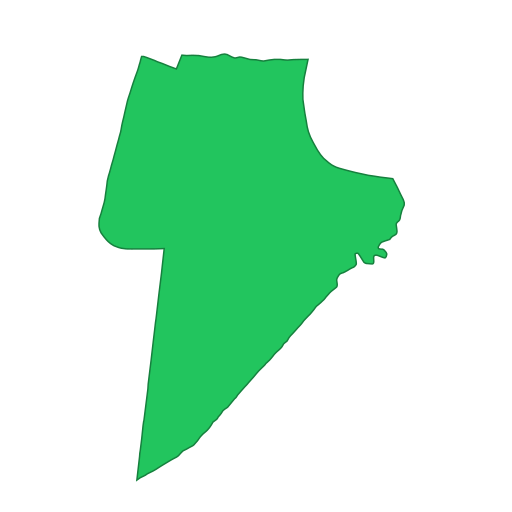 Bang Sue, Bangkok Metropolis, Thailand (Albers equal-area conic projection), rotated 174°
{"feature_id": "78962969B39307621639221", "entity_name": "Bang Sue", "entity_type": "district", "adm_level": 2, "iso_a3": "THA", "parent_name": "Thailand", "parent_adm1": "Bangkok Metropolis", "projection": "albers", "projection_center": [100.522, 13.824], "detail": "fine", "context": "isolated", "style": "filled", "palette": "green", "viewbox_px": 512, "rotation_deg": 174, "n_neighbors": 0, "source": "geoboundaries", "source_scale": "gbopen_adm2", "svg_char_len": 6050}
<svg xmlns="http://www.w3.org/2000/svg" viewBox="0 0 512 512"><g transform="rotate(174 256 256)"><path d="M173.9,341.1L178.6,346.1L181.3,350.1L183.9,355.0L187.3,363.0L189.4,368.5L190.9,374.2L191.6,379.3L191.9,384.7L192.5,393.0L193.0,406.8L192.4,413.2L191.3,420.3L189.4,428.4L187.3,434.9L183.7,446.1L189.6,446.7L198.3,447.4L203.6,447.5L204.2,447.5L207.0,448.0L211.4,449.0L217.2,449.6L222.5,449.5L228.1,449.1L230.4,449.6L235.3,451.1L239.2,451.7L241.5,452.1L246.3,454.0L249.5,455.2L250.9,455.5L251.5,455.6L255.5,455.1L256.3,455.1L257.1,455.4L259.3,456.5L263.7,459.4L265.1,459.8L265.9,460.1L267.4,460.1L269.3,460.0L273.7,458.8L275.2,458.5L276.0,458.4L279.6,458.3L282.5,458.7L286.7,459.8L291.9,461.3L298.0,462.2L304.0,462.6L308.7,463.5L315.6,450.4L317.9,451.4L318.6,451.8L322.3,453.6L329.0,457.2L333.8,459.5L336.5,461.1L343.9,464.8L346.3,465.9L347.0,466.2L348.9,466.4L349.6,464.7L350.3,462.9L350.9,461.1L351.9,458.8L353.0,456.0L354.0,453.6L354.8,451.9L357.5,446.4L360.3,440.4L361.9,436.8L364.2,431.4L366.3,426.8L367.6,423.7L369.6,417.9L371.5,412.4L372.9,408.2L374.6,403.5L375.8,399.9L376.9,396.0L377.7,393.4L379.3,389.4L380.6,385.9L382.6,380.9L384.9,374.8L386.6,370.5L387.9,367.0L388.8,364.8L390.3,361.2L391.4,358.2L393.1,353.9L394.2,351.4L395.9,346.6L396.1,345.9L396.8,342.7L398.0,337.7L399.2,333.0L399.9,330.0L400.3,328.4L400.6,327.5L401.4,325.0L402.9,321.3L404.2,318.1L405.7,314.3L407.8,309.8L408.4,306.6L408.7,305.0L408.9,303.2L409.0,301.8L408.9,300.6L408.7,298.6L408.3,297.2L407.6,295.1L405.2,291.0L403.2,288.0L401.5,285.8L399.4,283.6L397.3,281.9L396.1,281.0L391.7,278.8L389.1,277.8L384.5,276.7L383.1,276.5L378.9,276.0L373.8,275.5L364.4,274.5L356.5,273.7L346.5,273.0L347.8,267.1L350.1,256.6L351.6,249.6L356.7,227.5L361.0,208.3L362.0,203.9L362.9,200.4L364.7,192.3L366.8,183.1L371.3,162.9L376.6,139.9L377.4,135.1L384.7,103.9L385.0,103.3L386.0,99.3L388.8,86.0L391.4,74.8L392.2,71.8L392.8,68.5L397.9,45.6L394.3,47.6L390.7,48.9L388.9,49.6L386.7,50.8L382.9,52.2L381.2,52.8L377.8,54.3L373.9,56.3L370.6,57.9L366.1,60.0L361.8,62.0L359.2,63.1L356.9,64.0L355.9,64.4L355.4,64.7L354.8,65.0L353.9,65.6L353.0,66.4L351.7,67.6L349.3,69.6L348.3,70.1L346.1,70.9L344.8,71.4L342.6,72.4L338.8,73.9L337.5,74.7L335.9,76.2L334.9,77.1L333.8,78.1L332.6,79.4L331.6,80.6L330.2,82.1L328.0,84.0L327.0,84.8L326.1,85.4L323.9,86.9L322.4,88.1L320.1,90.3L318.0,92.8L316.2,95.3L312.5,97.5L311.5,98.3L310.4,99.9L308.4,101.7L307.0,103.2L305.0,105.7L303.0,107.0L300.1,108.5L292.3,116.2L291.0,117.1L290.4,117.7L288.7,119.8L284.5,123.7L280.9,127.0L278.9,128.7L277.7,129.8L276.5,131.0L275.8,131.6L273.3,133.9L271.4,135.6L268.0,138.9L265.8,141.0L264.0,142.5L262.2,143.9L261.5,144.5L260.4,145.3L259.8,145.8L258.8,146.6L258.2,147.2L257.4,148.1L255.7,149.3L254.6,150.2L253.7,150.8L252.6,151.8L251.5,152.8L249.4,154.9L248.2,156.2L246.7,157.5L245.3,158.6L243.0,160.2L241.8,161.1L240.5,162.2L239.7,163.0L238.8,164.2L237.8,165.6L237.4,166.0L236.8,166.4L235.4,167.3L234.7,167.7L234.3,167.9L233.7,168.6L232.4,170.4L231.7,171.4L231.1,172.0L230.0,173.1L227.7,175.0L225.9,176.6L223.7,178.6L222.0,180.2L221.7,180.5L221.4,180.7L219.3,182.5L217.6,184.1L215.3,186.6L213.5,188.2L210.3,190.9L208.4,192.4L206.7,194.0L204.0,196.7L202.1,198.8L201.2,199.7L200.3,200.3L198.7,201.3L197.8,202.0L196.7,202.7L194.8,204.2L193.3,205.3L192.4,206.1L192.0,206.5L191.5,207.0L190.8,207.8L189.7,208.8L187.6,210.7L186.8,211.5L186.0,212.1L185.0,212.9L181.2,215.3L179.8,216.2L179.3,216.6L178.9,216.9L178.7,217.4L178.6,217.5L178.4,218.1L178.3,218.6L178.2,219.3L178.2,220.4L178.3,223.4L178.1,224.3L178.0,224.9L177.6,225.5L177.0,226.5L175.9,227.9L174.9,229.0L174.4,229.3L173.8,229.6L173.2,229.8L172.2,230.1L171.2,230.2L170.2,230.6L169.2,230.9L168.6,231.2L166.4,232.1L164.6,233.0L163.0,233.7L161.7,234.2L160.6,234.5L160.1,234.7L159.7,234.9L159.3,235.1L158.8,235.5L157.4,236.9L157.2,237.3L157.1,237.7L157.1,237.9L157.0,238.2L157.0,240.4L157.2,243.7L157.3,246.2L157.3,247.1L157.3,247.4L157.2,247.7L157.1,247.8L156.9,247.9L156.7,248.0L156.4,248.1L155.9,248.2L155.2,248.2L154.8,248.2L154.5,248.1L154.3,248.0L154.2,247.8L154.0,247.6L153.7,247.2L152.3,244.6L151.1,242.1L150.4,240.7L149.6,239.1L149.3,238.5L149.0,238.2L148.6,237.9L148.4,237.7L148.0,237.5L147.7,237.3L147.5,237.2L146.9,237.0L145.8,236.8L144.7,236.6L142.7,236.2L141.4,236.0L141.1,236.0L140.8,236.0L140.6,236.1L140.4,236.2L140.2,236.3L140.1,236.5L139.9,236.7L139.8,237.1L139.6,237.4L139.5,237.9L139.4,238.7L139.3,240.5L139.2,241.9L139.1,242.7L139.0,243.0L138.8,243.3L138.7,243.6L138.5,243.8L138.2,244.0L137.8,244.2L137.5,244.3L137.1,244.3L136.7,244.3L136.4,244.3L136.0,244.2L135.6,244.1L135.1,243.9L134.8,243.8L134.2,243.5L131.9,242.3L129.9,241.3L128.3,240.7L128.0,240.7L127.8,240.7L127.7,240.7L127.5,240.8L127.3,241.0L126.9,241.5L126.6,241.8L126.4,242.3L126.1,243.1L125.9,243.5L125.8,244.1L125.8,244.5L125.8,244.8L126.0,245.3L126.2,245.8L126.6,246.6L127.6,248.0L128.2,248.8L128.6,249.1L129.0,249.3L129.6,249.6L130.7,249.7L132.0,250.0L132.6,250.2L132.9,250.3L133.2,250.5L133.4,250.8L133.5,251.0L133.6,251.3L133.6,251.5L133.5,252.0L133.4,252.4L132.9,253.1L132.0,254.4L131.0,255.5L130.8,255.7L130.6,255.9L130.2,256.2L129.9,256.3L129.6,256.5L129.2,256.7L128.8,256.8L126.5,257.4L125.1,257.7L123.9,257.9L123.7,258.0L122.2,258.3L121.5,258.5L121.3,258.5L121.2,258.7L120.9,258.9L119.9,260.0L119.3,260.5L118.9,260.8L118.5,261.1L117.9,261.4L117.3,261.7L116.2,262.1L115.4,262.5L114.8,262.8L114.4,263.1L114.2,263.3L114.0,263.6L113.8,263.9L113.6,264.2L113.5,264.6L113.4,265.0L113.3,265.5L113.2,265.8L113.2,266.4L113.2,267.0L113.2,267.5L113.2,269.2L113.3,271.7L113.3,272.6L113.2,273.1L113.1,273.5L112.7,274.0L112.3,274.5L111.5,275.2L110.6,275.7L109.6,276.7L109.3,277.1L108.9,278.0L108.6,278.7L108.0,281.2L107.4,282.7L106.2,285.9L106.0,286.3L103.4,290.9L103.2,291.8L103.0,293.5L103.3,295.1L103.7,296.8L105.7,302.1L108.2,309.2L111.9,318.6L117.4,319.9L124.0,321.4L130.3,323.1L135.9,324.5L141.6,326.4L148.0,328.5L152.4,330.1L156.7,331.7L159.8,332.9L164.1,334.6L167.1,336.0L169.5,337.5L171.1,338.6L171.7,339.1L173.1,340.4L173.9,341.1Z" fill="#22c55e" stroke="#15803d" stroke-width="1.5"/></g></svg>